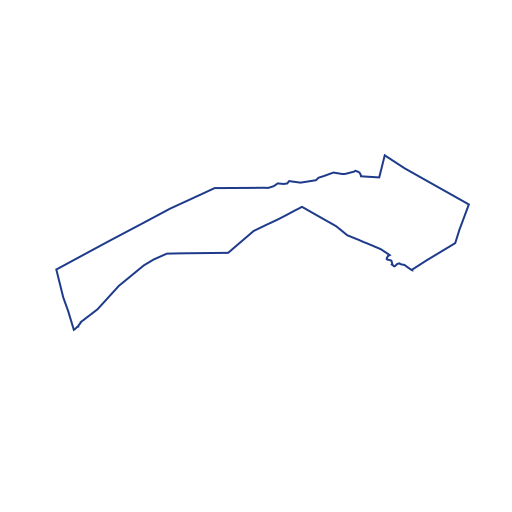 Santiago Ihuitlán Plumas, Oaxaca, Mexico, rotated 306°
{"feature_id": "50627088B36889128097702", "entity_name": "Santiago Ihuitlán Plumas", "entity_type": "district", "adm_level": 2, "iso_a3": "MEX", "parent_name": "Mexico", "parent_adm1": "Oaxaca", "projection": "natural_earth1", "projection_center": [-97.441, 17.88], "detail": "fine", "context": "isolated", "style": "outline", "palette": "blue", "viewbox_px": 512, "rotation_deg": 306, "n_neighbors": 0, "source": "geoboundaries", "source_scale": "gbopen_adm2", "svg_char_len": 1743}
<svg xmlns="http://www.w3.org/2000/svg" viewBox="0 0 512 512"><g transform="rotate(306 256 256)"><path d="M119.7,159.1L151.3,162.6L182.6,170.8L193.1,175.3L205.5,182.5L214.1,193.8L242.2,231.6L274.9,239.4L287.2,246.0L297.7,251.8L300.5,253.3L300.8,253.4L309.2,257.6L317.1,261.4L317.9,261.9L320.7,263.3L321.0,263.4L322.8,264.3L323.5,270.5L323.6,271.4L323.8,273.3L323.9,274.4L327.2,303.3L326.8,311.4L326.5,316.0L326.5,316.6L326.4,317.5L326.8,319.1L327.6,322.3L328.5,326.0L329.4,329.5L330.0,332.4L330.7,335.4L331.1,337.0L331.5,338.3L332.1,341.1L332.9,344.2L333.5,347.2L334.4,350.7L334.7,352.4L334.9,353.3L335.0,355.3L335.0,355.7L335.0,355.8L335.2,360.3L335.3,363.2L335.3,363.6L333.8,362.8L331.3,363.0L330.7,363.3L330.4,363.5L330.3,364.2L330.3,364.4L330.5,364.8L331.6,367.3L331.8,368.3L329.5,371.1L329.2,371.2L328.9,371.1L328.9,371.5L329.0,372.5L328.8,373.1L328.8,373.3L328.9,373.9L329.0,374.1L330.0,374.5L330.5,374.5L331.5,374.8L332.2,374.8L333.4,375.5L334.1,376.3L334.4,376.5L334.4,377.1L334.3,377.6L335.0,379.3L336.0,381.2L336.0,381.9L336.0,384.3L336.1,388.6L336.2,390.2L336.2,390.5L336.3,390.8L336.4,390.7L336.9,390.4L352.8,396.6L383.5,409.6L397.2,405.0L401.7,403.8L406.7,402.4L422.8,397.9L414.3,324.7L413.1,301.0L392.0,309.5L382.2,294.1L383.4,292.8L384.3,290.6L384.1,288.9L383.4,286.4L381.7,285.6L374.7,279.8L373.1,277.7L369.0,269.6L359.7,263.3L357.5,261.6L355.9,260.5L352.6,260.0L341.5,248.9L336.1,238.8L333.0,238.6L330.5,236.0L327.5,230.9L322.9,229.3L318.3,225.9L315.8,222.2L307.7,211.3L286.6,182.6L243.7,158.6L210.2,142.3L188.2,131.5L179.6,127.3L156.7,116.3L127.7,102.4L109.2,124.4L100.9,136.6L89.2,152.0L90.6,152.5L94.3,153.2L94.5,153.7L95.8,153.2L98.9,153.4L99.3,153.0L119.7,159.1Z" fill="none" stroke="#1e3a8a" stroke-width="2"/></g></svg>